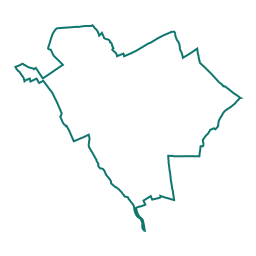 Muntenii De Jos, Vaslui, Romania
{"feature_id": "2599482B60230314306463", "entity_name": "Muntenii De Jos", "entity_type": "district", "adm_level": 2, "iso_a3": "ROU", "parent_name": "Romania", "parent_adm1": "Vaslui", "projection": "albers", "projection_center": [27.801, 46.588], "detail": "fine", "context": "isolated", "style": "outline", "palette": "teal", "viewbox_px": 256, "rotation_deg": 0, "n_neighbors": 0, "source": "geoboundaries", "source_scale": "gbopen_adm2", "svg_char_len": 5645}
<svg xmlns="http://www.w3.org/2000/svg" viewBox="0 0 256 256"><path d="M144.1,230.5L144.8,230.7L144.6,229.7L144.0,226.1L143.8,224.6L142.9,220.6L142.6,219.8L142.0,218.9L140.2,217.4L139.5,216.7L138.8,215.8L138.4,215.1L137.9,214.2L137.5,213.5L137.3,212.8L136.8,211.6L136.7,210.7L136.3,209.2L135.9,208.0L137.6,207.1L141.7,206.1L145.3,204.7L144.4,202.7L143.5,200.6L150.7,196.1L152.2,199.6L156.8,198.5L159.1,197.9L160.2,197.6L160.4,197.3L160.5,197.0L160.6,196.7L160.4,195.9L164.4,197.3L168.1,198.3L172.5,199.6L174.1,200.0L173.9,198.6L172.8,190.9L172.6,190.0L172.2,188.9L172.0,187.4L171.5,183.9L170.9,180.5L170.5,176.8L170.2,173.6L169.9,172.2L169.4,169.0L169.1,165.8L168.6,162.9L168.6,160.4L168.4,159.5L168.2,155.8L172.8,155.9L173.3,156.2L175.2,156.3L190.2,156.2L199.4,156.3L199.6,153.5L199.8,152.4L200.2,150.2L200.5,146.4L200.6,146.2L202.6,146.3L203.0,146.2L203.2,145.4L203.4,144.7L203.4,143.8L203.4,143.4L203.2,142.6L203.0,141.8L202.9,141.0L202.8,140.4L202.8,140.1L202.9,139.7L203.1,139.4L204.0,138.3L204.9,137.0L206.1,135.4L206.3,135.2L207.6,134.1L208.0,133.6L209.4,131.4L209.8,130.7L210.1,130.0L210.4,129.7L212.3,129.1L213.3,128.5L213.7,128.3L214.0,128.4L215.2,129.3L215.4,129.3L215.9,128.7L217.8,126.6L218.1,126.1L218.2,124.7L218.8,120.7L219.5,119.4L220.1,118.3L221.6,115.8L222.1,115.1L222.6,114.0L223.1,113.2L223.4,112.7L224.4,111.5L225.3,110.6L228.0,108.7L231.1,106.7L234.1,104.3L235.3,103.2L236.1,102.0L238.6,99.5L239.3,98.6L239.7,98.2L240.6,98.0L239.8,97.6L239.3,97.1L239.0,96.8L237.7,96.0L237.4,95.5L234.3,93.7L228.6,89.1L225.0,86.4L224.8,86.5L224.5,86.5L224.1,86.3L223.4,86.3L223.2,86.0L222.9,85.9L222.8,85.4L222.5,85.0L221.6,84.2L219.9,82.9L219.3,82.5L218.1,81.2L215.5,78.4L212.9,75.5L211.1,73.6L209.1,71.6L204.8,67.4L204.2,66.7L203.3,66.0L202.2,65.0L201.2,64.0L200.8,63.7L200.3,63.2L199.9,62.7L199.8,62.4L199.6,61.2L198.8,58.1L198.6,57.0L198.5,56.0L198.3,55.0L198.0,54.0L197.6,51.8L197.4,50.5L197.2,48.6L196.1,49.3L193.2,51.4L191.5,52.5L190.1,53.5L187.7,54.9L186.3,55.8L183.6,57.3L182.9,57.8L182.6,56.2L182.2,54.6L181.9,53.8L181.4,52.2L180.1,49.6L179.9,49.1L179.8,47.3L179.5,44.9L179.1,43.5L178.5,42.4L178.1,41.4L176.9,40.0L175.4,36.0L175.2,33.8L175.0,33.0L174.7,32.4L174.2,31.7L173.9,31.7L172.9,31.8L172.2,31.8L171.5,31.8L171.3,31.9L170.8,32.3L170.4,32.3L170.2,32.5L164.2,35.0L159.3,37.5L157.3,38.6L151.1,42.4L149.4,43.2L149.1,43.1L147.1,44.2L145.4,45.3L140.4,48.3L137.1,50.2L136.0,50.9L131.9,52.8L131.7,53.1L130.8,53.5L130.5,53.5L130.2,53.6L127.1,55.0L126.8,55.1L125.6,55.6L124.4,56.1L124.1,56.2L124.1,55.8L124.0,55.3L123.6,54.2L123.3,53.6L122.7,54.0L121.8,54.3L121.1,54.5L120.3,54.8L119.5,55.2L118.6,55.5L117.1,56.2L117.0,55.5L116.6,54.3L116.1,53.6L115.6,52.6L115.0,52.1L114.5,51.8L114.2,51.6L114.0,51.4L113.5,51.0L112.3,49.5L113.5,48.2L112.7,46.8L112.5,46.6L112.4,46.5L112.4,46.4L112.4,46.2L112.1,45.2L111.9,44.6L111.6,43.5L111.4,43.2L111.2,43.0L110.9,42.5L110.2,42.4L109.7,40.8L109.2,40.2L108.8,39.9L108.2,39.5L106.2,39.1L104.8,38.5L104.1,38.0L103.5,36.3L102.3,33.7L101.9,32.9L101.6,33.3L100.4,34.6L100.0,34.9L99.2,35.6L98.8,34.2L98.7,33.8L98.5,33.2L98.2,33.0L98.0,32.2L97.6,31.3L96.1,29.2L95.7,29.0L94.7,28.1L94.5,27.6L93.2,26.1L92.4,25.3L92.0,25.8L88.9,26.0L88.4,25.9L87.3,26.0L86.9,26.0L85.1,26.0L83.1,26.3L82.2,26.3L78.9,26.9L76.8,26.8L72.9,27.1L66.5,27.6L65.6,27.7L64.4,27.7L58.3,28.2L56.8,28.4L55.6,29.4L53.5,32.4L52.4,34.2L52.4,34.5L52.1,35.3L51.5,37.2L50.6,40.0L50.5,40.3L50.2,41.3L49.9,42.4L49.6,43.4L48.7,46.1L48.4,47.0L48.1,48.1L48.1,48.5L48.4,48.8L48.9,49.1L49.6,49.5L49.9,49.6L50.3,49.6L50.7,49.7L51.8,51.8L52.8,54.1L53.9,56.0L55.7,57.7L59.4,61.3L61.4,63.3L62.0,63.9L62.7,64.6L62.9,64.9L61.7,65.6L55.5,69.8L50.3,73.4L44.8,77.1L42.7,78.3L35.8,67.9L34.2,68.9L34.0,69.2L33.5,68.8L32.5,68.3L31.9,68.2L29.3,67.5L28.1,67.1L27.0,66.4L25.4,65.5L24.8,65.0L24.3,65.0L22.9,63.8L22.2,63.8L20.4,64.9L18.1,65.9L15.4,66.9L15.6,67.4L16.2,68.4L17.6,70.3L17.9,70.7L18.2,71.0L18.6,71.2L18.9,71.3L19.1,71.5L20.0,72.6L20.5,73.5L21.2,74.5L22.0,75.5L23.4,77.6L23.7,78.2L23.9,78.9L24.3,80.4L24.5,81.3L26.0,80.0L26.2,79.9L26.3,79.8L26.5,79.8L27.6,79.6L27.7,79.3L29.8,78.6L30.5,81.5L36.6,78.6L37.3,79.9L38.5,82.0L39.2,83.0L43.2,80.8L45.1,83.1L46.4,85.0L47.5,86.4L48.7,88.2L50.4,90.2L51.4,91.5L52.0,92.3L56.9,102.1L57.8,104.2L59.4,107.9L61.5,112.9L61.7,113.5L61.4,113.8L61.3,115.2L60.3,116.4L60.3,116.7L60.6,117.4L61.2,118.7L62.1,121.0L63.0,122.8L63.5,123.6L63.9,124.1L65.5,125.5L66.1,126.3L66.6,126.0L68.2,129.0L68.3,129.1L68.6,129.5L69.3,131.0L73.8,141.3L75.7,140.5L80.3,138.5L82.7,137.6L88.7,134.7L89.2,136.7L89.5,138.2L89.5,138.8L88.8,144.0L88.7,145.6L88.9,146.8L89.7,148.3L91.6,151.4L92.7,153.2L93.6,155.0L94.3,155.9L94.6,156.9L96.1,159.3L96.4,159.9L96.4,160.4L96.6,161.0L97.3,162.2L98.1,163.2L98.4,164.5L98.2,165.3L98.2,165.7L98.4,166.3L98.9,167.1L99.8,167.9L100.2,168.4L102.0,168.6L102.8,168.9L103.0,169.2L103.7,169.8L104.1,170.4L104.7,171.5L105.1,172.4L105.5,173.3L105.6,174.0L106.4,175.2L107.1,176.0L107.7,176.8L108.7,177.8L109.9,179.5L110.6,180.5L111.0,181.9L111.1,183.2L111.3,183.6L112.2,184.3L113.6,185.6L114.5,186.4L115.1,186.8L116.7,187.6L118.1,188.8L118.7,189.2L120.1,190.7L121.7,192.3L122.8,194.0L123.2,194.5L123.9,195.0L124.2,195.7L124.4,196.2L124.6,196.4L125.1,196.6L125.8,196.8L127.7,197.2L128.1,197.5L128.3,198.0L128.5,198.7L128.7,199.2L129.7,200.1L130.7,201.6L131.3,202.3L133.0,204.6L133.6,205.4L133.8,206.4L134.1,207.9L134.4,209.4L134.7,211.0L135.4,213.1L136.0,214.4L137.0,216.0L138.1,217.3L138.5,217.5L139.2,217.7L140.0,218.4L140.6,219.0L141.0,219.5L141.5,220.7L142.2,222.5L142.4,223.1L142.4,223.8L142.3,224.6L142.3,225.7L142.3,226.7L142.5,228.2L142.7,228.6L144.1,230.5Z" fill="none" stroke="#0f766e" stroke-width="2"/></svg>